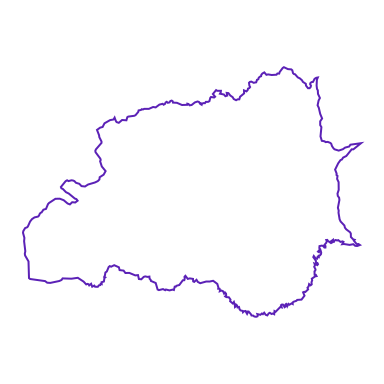 Alcinópolis, Mato Grosso do Sul, Brazil (Robinson projection), rotated 180°
{"feature_id": "56859067B51607126831923", "entity_name": "Alcinópolis", "entity_type": "district", "adm_level": 2, "iso_a3": "BRA", "parent_name": "Brazil", "parent_adm1": "Mato Grosso do Sul", "projection": "robinson", "projection_center": [-53.767, -18.226], "detail": "fine", "context": "isolated", "style": "outline", "palette": "violet", "viewbox_px": 384, "rotation_deg": 180, "n_neighbors": 0, "source": "geoboundaries", "source_scale": "gbopen_adm2", "svg_char_len": 5876}
<svg xmlns="http://www.w3.org/2000/svg" viewBox="0 0 384 384"><g transform="rotate(180 192 192)"><path d="M297.8,99.6L296.6,100.1L295.5,99.8L294.8,98.6L292.9,100.2L291.8,97.3L289.7,98.4L289.0,97.3L287.7,97.2L286.2,97.2L285.2,98.6L283.8,98.9L283.4,100.1L282.3,99.8L282.4,101.8L280.1,102.5L279.6,105.9L278.8,106.6L279.8,107.1L279.1,108.5L278.6,111.5L277.2,112.5L275.3,117.0L274.2,117.9L272.9,117.3L269.8,118.8L265.1,116.7L264.4,113.9L260.4,113.4L258.6,111.0L254.7,111.1L248.7,108.6L246.0,108.9L245.1,105.0L242.7,104.7L240.3,107.1L238.8,107.6L236.5,107.1L234.6,107.4L234.4,105.3L233.4,104.3L233.1,103.1L228.3,101.0L226.4,94.5L225.1,93.9L221.0,94.9L218.8,93.8L218.1,94.5L214.5,93.6L211.3,94.4L210.1,94.0L209.3,97.3L208.2,97.3L207.6,98.2L204.7,99.0L201.2,103.7L199.7,103.8L199.3,105.3L199.5,107.2L198.6,108.2L196.2,105.1L194.2,105.6L191.0,105.1L190.8,102.6L189.8,102.1L187.5,104.2L186.2,102.1L183.8,100.8L177.7,102.5L174.2,102.5L170.9,103.2L169.9,102.5L166.7,100.1L165.6,96.5L165.8,95.3L164.4,95.2L164.0,93.9L164.2,92.8L162.7,93.5L160.9,92.7L159.9,90.4L159.0,91.5L158.0,90.4L157.8,88.7L158.8,87.6L157.6,86.9L155.1,86.7L153.5,84.4L153.9,82.8L151.2,80.5L150.1,82.0L149.2,79.1L149.0,77.0L148.0,77.8L147.7,79.2L146.9,78.5L146.4,76.6L145.0,77.0L144.4,74.7L143.5,73.6L141.3,73.1L141.0,71.8L140.1,72.7L138.6,73.0L136.9,70.1L136.4,71.1L136.7,72.5L135.4,72.5L133.1,69.8L132.5,68.5L130.8,68.4L129.7,67.5L127.9,67.2L126.5,67.7L126.2,68.8L126.6,69.9L123.6,69.2L122.1,70.5L121.1,69.8L119.8,71.3L118.3,69.2L116.7,68.6L115.3,70.6L114.2,71.2L112.4,70.0L111.1,70.5L109.8,69.8L109.5,72.9L108.4,72.2L103.7,77.0L102.3,76.6L103.0,78.8L102.0,79.5L101.0,79.4L99.4,76.8L98.5,77.5L98.6,79.4L97.8,80.1L96.9,79.2L96.6,78.0L95.5,80.1L94.5,79.3L92.4,80.6L91.3,80.0L91.3,81.5L90.5,82.2L87.6,83.2L86.8,84.1L82.5,84.4L79.5,88.3L80.9,91.7L79.8,92.2L78.7,92.0L75.9,94.6L76.5,96.3L75.4,97.5L74.9,99.9L73.4,98.7L72.3,99.6L72.5,101.8L71.8,103.7L72.2,105.3L68.7,107.7L67.5,107.9L68.2,109.2L69.4,109.3L69.5,112.7L68.7,113.5L68.5,114.7L69.8,117.2L69.0,118.8L69.5,120.3L66.7,118.9L66.0,119.8L66.6,121.0L68.1,121.4L68.1,123.2L70.7,126.9L70.2,128.0L68.4,125.6L66.9,125.3L66.4,127.1L65.2,126.8L65.3,128.3L64.0,128.6L63.0,129.9L62.8,131.4L63.3,133.2L64.5,132.8L65.0,131.8L66.0,132.4L63.9,134.9L64.7,135.9L64.5,137.9L62.1,138.4L60.8,137.9L59.6,136.5L58.6,136.5L58.5,137.9L59.6,139.0L57.7,141.3L57.2,142.8L57.7,144.0L56.7,144.1L56.1,143.1L53.0,140.9L52.1,141.4L52.9,142.8L51.1,144.1L51.2,142.1L50.1,142.1L49.3,143.6L48.3,144.0L46.9,143.5L45.8,143.9L43.5,142.1L41.4,142.6L40.5,142.1L41.8,139.8L40.1,140.0L34.4,139.1L30.7,139.8L28.8,138.2L26.8,138.0L24.1,139.0L25.6,140.0L26.7,139.8L27.8,140.5L30.1,143.3L29.4,144.2L30.7,144.5L33.1,147.0L33.2,150.5L34.0,151.8L37.8,154.7L39.1,156.4L39.6,158.5L43.4,162.5L44.4,164.7L45.5,171.3L45.3,173.3L46.1,176.2L44.6,184.0L44.9,186.3L46.2,188.1L46.5,190.4L45.3,194.1L45.4,201.9L46.9,205.1L46.5,208.1L47.5,209.0L47.4,210.5L48.9,214.4L45.8,220.7L43.5,223.9L42.1,224.5L40.9,226.4L37.7,228.0L32.3,234.7L30.6,234.7L23.0,240.8L33.6,239.3L34.8,237.5L38.9,236.4L41.1,234.8L45.3,233.4L49.5,234.7L50.6,235.8L52.0,237.9L52.8,240.3L53.7,241.1L56.2,242.1L58.5,241.9L59.4,242.7L62.2,243.2L63.5,247.6L62.6,256.9L63.8,258.9L63.8,260.9L63.8,262.7L61.9,265.5L63.8,270.1L65.2,276.2L66.4,278.7L65.4,283.5L64.1,286.0L66.0,290.1L66.2,293.7L67.0,295.1L67.4,298.5L67.1,304.3L66.2,306.5L67.8,306.2L69.4,305.2L71.0,302.1L72.4,301.9L73.5,301.1L73.9,299.9L73.0,298.3L73.4,296.9L74.4,295.8L76.0,295.8L78.0,298.4L78.2,300.2L81.2,302.2L81.9,303.6L84.1,305.6L86.2,306.6L88.9,309.7L90.1,310.0L91.0,310.9L91.7,313.7L92.7,314.6L96.1,314.9L100.1,316.8L101.3,316.0L104.3,312.0L104.8,310.4L106.6,310.5L107.5,309.3L112.3,309.0L115.9,309.6L117.6,309.2L119.7,311.6L121.6,310.5L122.7,309.2L122.9,307.8L124.3,307.2L125.3,306.2L125.7,304.7L127.0,304.2L127.8,301.7L130.3,301.2L132.7,302.4L134.1,302.1L135.0,301.2L134.6,298.3L133.9,297.0L134.7,295.9L136.0,295.4L136.3,294.0L137.5,292.6L140.0,293.6L139.9,290.6L143.9,287.3L144.7,284.7L146.3,284.7L147.9,283.8L150.3,285.0L151.3,286.8L153.7,288.5L155.6,290.9L157.3,291.1L156.8,288.4L158.6,287.8L160.1,289.5L164.0,290.3L163.3,291.5L163.1,293.2L166.8,293.2L167.9,293.9L171.1,290.0L168.9,287.3L169.9,286.5L173.0,287.0L173.7,286.2L174.6,282.8L176.0,282.1L178.2,282.1L179.1,280.8L180.8,280.9L181.7,280.2L182.7,280.6L182.6,279.4L183.7,280.0L185.1,282.1L186.5,282.5L189.1,281.6L192.4,279.0L194.4,278.7L195.5,280.0L196.7,280.3L196.8,279.2L202.0,279.0L207.1,281.2L211.0,281.4L211.3,282.7L212.3,283.4L213.6,283.0L214.5,281.6L216.2,281.2L217.3,282.2L218.4,281.5L219.1,280.0L220.4,279.3L221.3,280.2L224.6,279.4L228.3,276.6L230.9,277.0L235.2,275.1L239.9,275.1L241.1,274.5L242.2,274.8L243.1,274.0L245.4,273.6L245.8,272.0L248.5,268.8L249.8,268.2L255.8,267.4L256.7,266.8L257.6,263.7L261.9,264.0L265.2,261.2L267.4,261.9L268.1,262.9L269.4,266.4L270.5,264.5L273.9,263.9L279.5,260.7L281.4,257.0L283.8,256.4L287.0,254.1L284.9,248.7L284.7,246.9L282.5,242.5L282.5,241.1L288.1,234.6L288.7,233.1L288.4,231.7L283.7,225.4L283.3,224.0L283.9,222.8L282.2,217.5L278.4,212.9L280.4,209.3L284.3,206.8L284.6,204.5L286.2,202.9L289.1,201.5L295.9,199.5L299.0,197.5L302.5,197.9L304.7,200.2L308.0,201.2L309.6,202.9L311.0,203.5L312.6,203.7L315.5,202.9L316.9,203.7L318.4,202.8L323.1,197.0L322.6,195.7L321.1,195.0L318.0,191.8L315.3,190.5L309.1,185.4L307.6,184.9L306.4,183.3L308.8,181.5L311.8,181.8L314.1,179.6L316.4,180.5L320.3,183.8L324.2,185.3L328.6,185.2L335.0,181.0L336.0,179.9L338.0,175.1L340.6,174.3L342.4,171.6L343.4,171.2L344.3,170.1L345.0,168.4L346.0,167.4L349.5,166.6L352.0,164.9L353.9,162.5L356.0,157.8L356.7,156.8L358.9,155.9L360.7,152.9L361.0,151.2L359.6,146.1L359.9,142.8L358.7,132.8L359.2,130.2L358.9,128.5L355.5,122.6L355.0,105.9L353.9,105.0L338.9,102.9L336.8,101.3L333.7,101.1L324.7,103.0L322.5,104.0L321.4,105.6L312.5,105.3L306.2,106.2L300.4,102.4L297.8,99.6Z" fill="none" stroke="#5b21b6" stroke-width="2"/></g></svg>